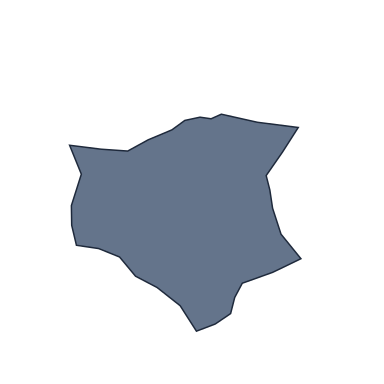 the Province of San José de Ocoa, rotated 124°
{"feature_id": "DOM-1978", "entity_name": "San José de Ocoa", "entity_type": "Province", "adm_level": 1, "iso_a3": "DOM", "parent_name": "Dominican Republic", "parent_adm1": "", "projection": "orthographic", "projection_center": [-70.501, 18.601], "detail": "fine", "context": "isolated", "style": "filled", "palette": "slate", "viewbox_px": 384, "rotation_deg": 124, "n_neighbors": 0, "source": "natural_earth", "source_scale": "10m", "svg_char_len": 557}
<svg xmlns="http://www.w3.org/2000/svg" viewBox="0 0 384 384"><g transform="rotate(124 192 192)"><path d="M186.4,64.4L213.5,80.2L239.5,99.3L255.6,97.6L271.2,92.0L288.4,98.9L304.9,110.5L292.9,138.2L290.7,167.6L293.4,191.7L286.4,215.7L291.1,237.8L300.8,258.0L286.9,273.1L270.7,284.4L239.1,293.7L221.7,319.6L207.4,291.4L194.0,268.2L173.2,257.5L151.7,243.4L136.7,238.0L125.5,227.2L120.6,217.1L111.1,211.2L97.6,176.7L79.1,140.0L108.3,139.3L136.9,139.7L146.8,128.6L160.4,116.1L177.2,94.6L186.4,64.4Z" fill="#64748b" stroke="#1e293b" stroke-width="1.5"/></g></svg>